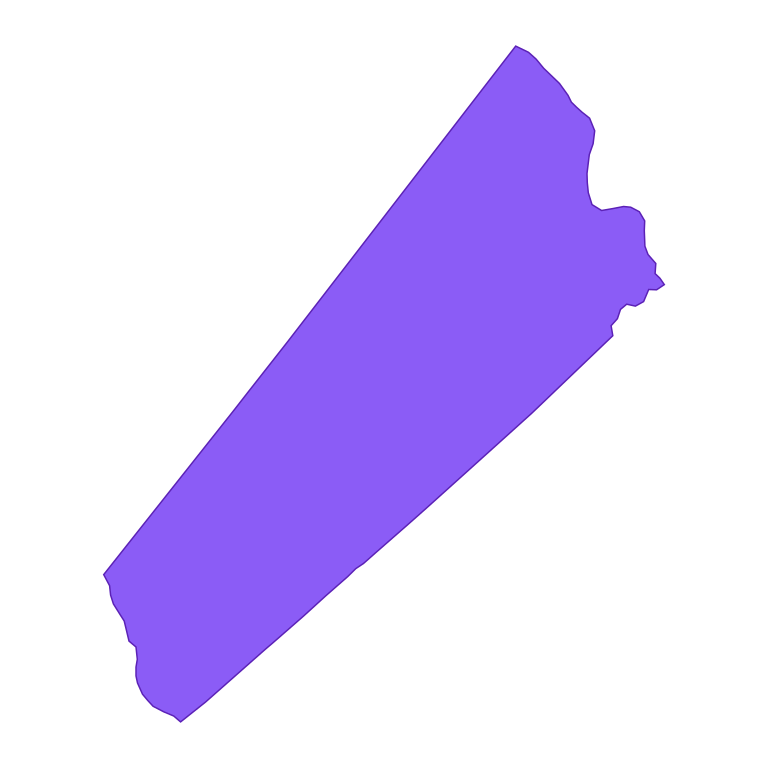 outline of Terra Boa, Paraná, Brazil
{"feature_id": "56859067B60160327815243", "entity_name": "Terra Boa", "entity_type": "district", "adm_level": 2, "iso_a3": "BRA", "parent_name": "Brazil", "parent_adm1": "Paraná", "projection": "mercator", "projection_center": [-52.372, -23.695], "detail": "fine", "context": "isolated", "style": "filled", "palette": "violet", "viewbox_px": 768, "rotation_deg": 0, "n_neighbors": 0, "source": "geoboundaries", "source_scale": "gbopen_adm2", "svg_char_len": 1038}
<svg xmlns="http://www.w3.org/2000/svg" viewBox="0 0 768 768"><path d="M180.6,721.9L205.6,702.0L265.4,649.2L273.6,642.2L281.4,635.4L303.5,616.1L325.9,595.7L347.6,576.7L355.8,568.6L363.6,563.4L375.1,553.2L409.5,523.1L426.3,508.2L475.2,464.2L532.0,413.0L612.8,335.7L611.1,325.7L617.4,318.7L620.5,309.4L626.7,304.2L635.4,306.1L643.6,301.6L648.7,289.5L656.6,289.8L664.3,284.6L659.9,278.2L655.1,273.6L655.8,263.5L648.0,254.5L644.9,246.2L644.3,230.6L644.7,220.9L639.3,211.7L630.7,207.2L623.6,206.5L612.7,208.6L601.6,210.5L592.0,204.6L588.3,192.7L587.3,182.8L587.0,173.5L589.3,154.6L593.1,143.8L594.7,130.8L589.6,118.2L581.8,112.0L576.4,107.1L571.4,102.2L568.0,95.3L559.5,83.5L543.7,68.3L536.1,59.1L528.5,52.3L515.7,46.1L287.1,342.4L248.7,391.3L233.9,410.3L103.7,574.6L109.6,585.7L110.6,595.1L113.4,603.9L120.1,614.6L124.2,621.0L125.8,627.6L129.0,641.1L136.0,647.0L137.3,659.3L136.0,667.1L136.0,675.9L137.5,683.0L142.5,694.2L147.7,700.4L153.1,706.3L163.9,711.9L173.7,716.0L180.6,721.9Z" fill="#8b5cf6" stroke="#5b21b6" stroke-width="1.5"/></svg>